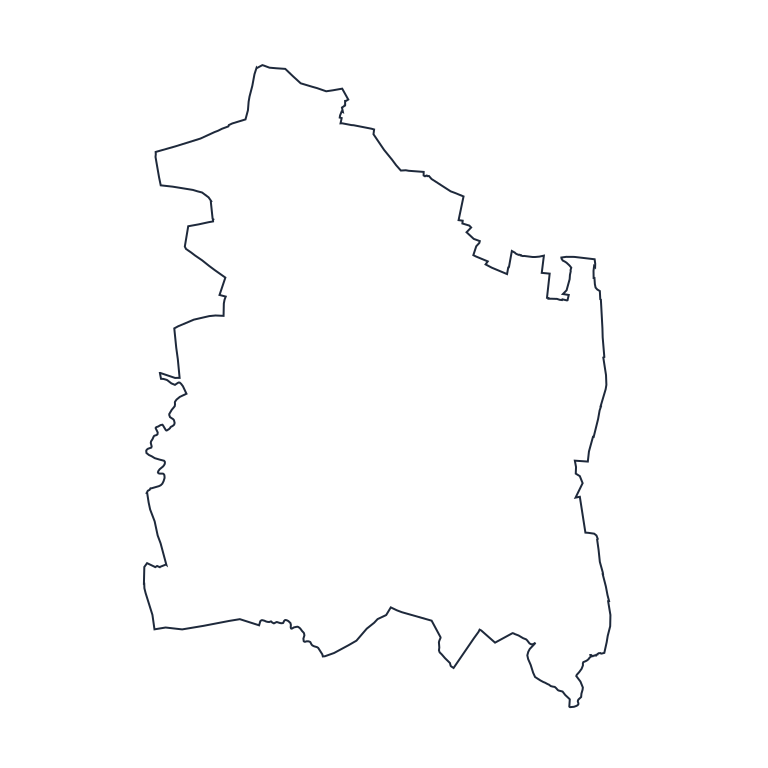 outline of Griškānu pag., Rezeknes, Latvia, rotated 102°
{"feature_id": "27541924B86599221750304", "entity_name": "Griškānu pag.", "entity_type": "district", "adm_level": 2, "iso_a3": "LVA", "parent_name": "Latvia", "parent_adm1": "Rezeknes", "projection": "mercator", "projection_center": [27.435, 56.489], "detail": "fine", "context": "isolated", "style": "outline", "palette": "slate", "viewbox_px": 768, "rotation_deg": 102, "n_neighbors": 0, "source": "geoboundaries", "source_scale": "gbopen_adm2", "svg_char_len": 6161}
<svg xmlns="http://www.w3.org/2000/svg" viewBox="0 0 768 768"><g transform="rotate(102 384 384)"><path d="M101.3,573.9L101.4,574.2L101.2,574.4L107.9,575.1L119.8,574.8L130.8,575.3L136.0,575.1L144.5,574.0L154.0,574.5L160.7,586.6L163.0,589.6L164.4,589.8L168.0,595.5L170.8,599.0L172.8,602.1L182.1,614.6L194.9,637.4L204.5,655.6L206.7,655.0L209.4,654.7L228.6,647.0L236.1,643.7L234.9,631.7L233.9,611.3L234.3,606.5L234.5,601.8L237.9,594.4L241.2,590.9L241.7,591.3L258.0,586.0L258.4,585.2L258.8,585.4L260.5,585.0L262.2,589.2L266.4,598.5L270.4,608.3L291.0,607.4L293.1,605.7L295.5,599.9L297.6,595.5L300.8,587.7L304.8,579.7L307.8,573.2L312.9,561.3L331.1,563.4L331.4,557.0L334.8,557.5L338.6,557.4L350.7,555.1L352.0,563.0L353.9,569.0L360.6,583.4L370.3,597.3L373.2,600.7L391.6,594.8L402.7,590.8L420.5,585.2L421.5,589.7L419.7,605.2L419.8,605.5L425.3,603.2L424.9,600.8L425.1,597.9L425.3,596.8L427.6,592.1L428.3,588.3L425.8,585.9L425.2,585.1L425.1,584.1L426.0,582.5L428.0,580.2L434.6,575.2L439.0,581.0L442.4,583.7L444.7,584.7L445.7,584.7L447.2,584.2L449.3,584.1L453.5,586.3L458.0,587.8L459.0,587.6L460.9,586.4L462.3,582.8L463.1,581.9L465.6,580.7L467.4,580.8L469.1,582.1L470.0,583.3L470.6,583.8L471.8,584.2L472.9,585.0L474.6,586.8L474.7,587.3L474.3,588.0L470.3,591.7L469.9,592.3L470.7,594.1L472.5,596.0L473.5,597.7L474.3,598.2L474.8,598.1L478.4,595.3L480.2,595.1L481.2,595.8L482.3,597.8L483.0,598.3L486.2,599.0L488.5,599.9L490.1,599.9L493.3,598.3L494.6,598.4L496.4,601.4L497.6,602.4L498.8,602.7L500.9,602.0L502.3,599.2L503.0,596.2L504.2,592.8L504.6,587.8L504.8,583.2L505.5,582.3L506.7,581.9L508.0,581.9L509.2,582.3L510.5,582.9L514.0,585.7L516.0,586.6L517.3,586.8L518.2,586.1L518.3,584.8L517.7,582.1L517.7,581.1L518.5,580.1L519.6,579.6L521.5,579.1L524.9,579.4L527.6,580.1L529.4,581.3L530.7,582.9L534.4,589.8L534.6,590.7L536.3,591.3L537.5,592.8L540.0,593.5L540.1,592.9L548.8,589.6L555.3,586.7L566.0,579.8L579.2,573.9L586.3,569.4L606.1,559.3L605.9,559.7L609.4,565.0L609.8,565.2L609.2,568.1L610.7,569.7L610.4,570.6L608.5,578.5L612.8,580.4L629.3,577.3L629.2,577.0L633.6,575.9L638.1,573.7L658.0,562.5L671.7,557.5L667.6,547.0L666.0,530.4L658.1,510.3L647.9,486.1L644.0,476.1L646.0,456.0L641.8,455.7L640.6,454.8L640.3,453.9L640.4,451.7L640.8,450.1L640.9,448.6L640.7,446.8L639.7,445.2L640.5,443.8L641.0,442.2L641.0,441.9L639.2,439.6L639.1,439.2L639.4,436.4L639.4,434.9L638.9,433.2L638.6,432.9L636.7,432.5L635.8,432.0L635.4,431.5L635.3,430.7L635.4,429.6L635.8,428.2L637.3,425.8L639.0,425.0L641.3,424.7L642.4,424.1L642.5,423.5L642.3,423.1L640.8,421.5L639.6,418.8L639.4,418.0L639.5,417.3L640.2,415.7L641.0,414.6L642.7,412.7L644.0,410.8L644.7,410.3L646.4,409.6L649.9,409.9L652.3,409.0L652.6,408.3L652.6,407.7L651.7,406.0L651.4,404.2L651.6,403.0L651.8,402.4L653.9,400.7L654.6,399.7L655.1,397.8L655.3,394.9L655.8,393.5L661.3,388.1L663.2,387.2L662.6,385.2L657.5,376.9L646.9,364.4L640.8,357.6L626.9,350.0L619.6,344.0L615.3,341.4L609.5,333.8L601.1,330.9L602.7,324.3L603.5,319.1L605.6,288.2L619.9,276.1L620.5,275.9L623.5,276.5L625.2,276.6L630.3,275.1L633.0,274.9L634.6,274.0L635.1,273.5L636.4,271.4L639.5,267.3L643.2,261.5L645.8,260.2L646.2,259.7L647.3,256.9L614.0,243.2L606.8,240.0L604.4,239.4L604.9,237.6L613.9,221.6L601.0,206.5L601.0,205.2L601.3,204.6L602.0,200.1L603.7,195.1L604.2,192.0L604.9,190.8L607.5,187.7L608.0,185.9L607.5,184.0L605.6,182.1L606.8,182.6L612.8,186.3L615.9,187.2L619.6,187.4L623.1,185.8L628.3,182.1L635.4,178.1L639.2,175.3L641.4,169.5L642.4,166.1L642.6,164.7L643.5,161.6L643.8,160.1L644.8,158.1L644.9,156.0L644.8,154.0L645.7,152.4L647.2,150.4L647.5,149.6L647.7,145.4L650.5,142.1L653.5,137.1L653.9,136.7L660.9,135.7L661.3,135.3L661.4,134.8L660.2,131.0L658.9,128.9L657.9,127.8L656.8,127.3L655.8,127.5L654.3,128.4L653.3,128.5L652.2,128.2L649.2,126.1L645.8,126.5L641.8,126.2L639.5,126.4L634.2,130.0L629.7,135.2L628.4,135.0L625.3,133.2L621.5,131.5L617.9,130.9L615.8,131.4L614.6,131.2L613.0,128.9L611.8,127.6L610.2,126.5L609.1,126.1L607.8,125.0L606.2,125.8L606.0,125.2L606.3,124.6L607.0,124.2L606.9,123.2L606.4,122.9L605.8,121.5L605.8,121.2L605.4,121.0L605.4,120.0L604.6,119.9L604.2,118.9L603.5,118.8L602.7,118.0L602.2,116.3L602.5,115.9L602.5,115.2L601.2,112.6L590.2,112.5L583.9,112.8L573.9,112.4L562.9,114.5L549.9,119.6L549.6,118.7L544.0,121.5L535.9,124.9L524.6,130.5L524.5,130.2L522.9,130.8L513.1,135.9L501.7,139.6L491.8,143.2L491.1,142.7L488.0,144.7L486.7,147.3L487.1,153.2L487.5,156.1L453.6,169.0L455.3,173.0L439.7,169.1L433.4,173.3L431.8,177.8L425.3,178.9L419.3,181.4L417.5,168.5L407.4,169.5L392.2,168.6L392.2,167.9L373.7,167.3L365.0,167.6L360.9,167.1L360.9,167.5L343.1,166.1L338.6,166.3L329.1,168.7L312.5,175.0L311.8,174.1L292.9,179.8L284.2,181.9L256.4,189.4L256.1,190.1L248.2,192.2L247.2,195.1L245.7,197.1L242.5,198.5L236.5,200.2L236.7,201.0L229.7,202.6L225.0,203.0L225.8,201.8L222.5,202.4L218.2,203.9L220.1,224.2L221.7,232.1L223.4,236.8L224.5,236.4L226.1,234.8L226.6,232.8L227.4,230.7L229.5,227.2L231.3,225.0L233.8,225.2L234.9,224.8L238.6,224.8L242.9,224.2L254.4,224.9L258.8,227.7L258.5,221.8L263.9,221.9L264.2,222.4L264.1,227.1L264.9,227.3L265.1,229.7L264.8,232.5L265.9,238.6L266.4,240.9L265.7,241.0L265.8,242.5L241.6,244.9L242.5,252.8L225.2,254.3L227.1,258.5L228.3,262.4L228.9,265.3L229.6,273.5L230.0,274.8L229.9,276.9L229.5,276.9L229.4,278.6L229.7,279.1L229.4,280.9L229.0,282.3L228.3,283.3L227.3,286.6L243.2,286.1L244.0,286.2L244.2,286.7L250.9,286.5L247.8,302.8L245.9,309.5L242.5,308.0L240.1,320.8L239.4,323.4L230.1,322.4L226.2,320.1L224.3,320.0L223.4,326.4L218.4,334.8L212.8,331.3L211.3,333.5L210.7,340.7L207.9,341.0L208.2,345.1L184.0,345.2L182.3,354.6L181.7,358.8L173.6,380.1L171.2,383.3L171.7,384.9L171.2,385.5L171.8,386.6L172.3,387.1L171.8,388.6L168.3,389.3L170.3,404.1L170.4,407.1L171.7,411.9L167.5,417.6L162.9,422.8L155.0,432.6L141.9,446.2L137.1,446.6L136.9,449.3L137.2,467.5L137.5,469.6L137.7,479.1L138.1,480.7L132.7,480.7L132.6,482.7L130.4,482.8L126.3,482.1L126.6,480.7L122.3,482.6L119.9,480.2L119.6,480.4L119.2,480.0L115.2,480.9L114.9,479.9L113.2,478.1L103.8,486.3L107.4,495.2L109.7,501.4L108.5,511.0L108.2,515.8L107.2,528.0L102.1,536.7L96.3,546.1L97.6,555.3L98.4,561.8L97.5,567.8L97.4,569.3L101.3,573.9Z" fill="none" stroke="#1e293b" stroke-width="2"/></g></svg>